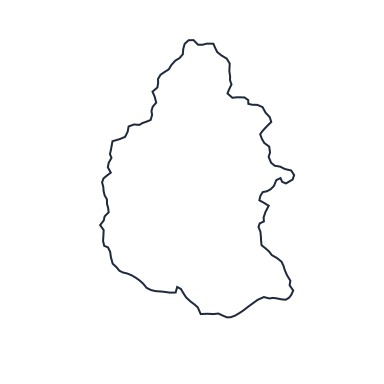 Araújos, Minas Gerais, Brazil (Albers equal-area conic projection), rotated 334°
{"feature_id": "56859067B13724994892972", "entity_name": "Araújos", "entity_type": "district", "adm_level": 2, "iso_a3": "BRA", "parent_name": "Brazil", "parent_adm1": "Minas Gerais", "projection": "albers", "projection_center": [-45.174, -19.885], "detail": "fine", "context": "isolated", "style": "outline", "palette": "slate", "viewbox_px": 384, "rotation_deg": 334, "n_neighbors": 0, "source": "geoboundaries", "source_scale": "gbopen_adm2", "svg_char_len": 2272}
<svg xmlns="http://www.w3.org/2000/svg" viewBox="0 0 384 384"><g transform="rotate(334 192 192)"><path d="M260.0,56.2L255.5,54.1L250.4,55.6L246.9,59.5L244.1,64.2L239.4,66.2L234.6,66.6L229.0,68.9L224.9,71.6L220.1,72.1L215.2,72.8L211.0,75.5L209.3,79.3L206.7,82.9L200.5,84.5L200.2,90.1L199.0,96.0L194.1,98.1L191.1,101.4L189.9,105.3L186.4,109.1L181.5,108.8L177.9,108.3L174.1,108.6L169.5,105.9L163.8,105.3L160.6,109.6L156.1,113.1L150.5,112.8L146.2,112.1L142.8,111.5L140.0,115.3L137.6,118.6L134.9,121.9L134.6,126.0L130.0,129.2L127.2,132.8L127.5,139.0L122.5,140.0L118.4,141.0L115.4,143.9L114.5,148.5L113.0,152.3L112.0,156.6L112.3,161.3L110.3,165.7L109.7,169.4L108.2,173.7L102.8,175.6L100.2,178.9L94.9,181.5L95.9,187.5L93.3,192.3L90.6,197.0L89.5,201.9L92.2,204.9L92.2,209.9L90.5,215.2L89.3,221.6L91.1,226.4L92.2,230.9L94.5,233.9L98.2,237.0L101.3,240.5L104.0,244.6L106.1,248.5L107.9,252.9L109.2,258.3L112.3,262.3L116.2,265.4L119.8,267.4L123.5,269.7L127.9,272.7L133.2,275.2L137.0,270.9L139.5,274.2L139.9,279.3L140.5,284.1L142.6,289.6L144.9,294.1L146.6,298.2L146.3,305.5L152.7,308.3L157.7,311.1L162.4,312.8L165.6,316.7L168.5,320.0L171.8,321.5L176.5,322.0L181.5,321.6L185.5,321.1L189.9,320.2L195.0,319.2L198.5,318.6L203.7,317.7L210.5,317.9L214.9,321.6L218.4,322.7L221.6,324.8L225.5,327.8L229.0,329.9L232.8,329.6L236.1,328.0L239.8,324.9L238.8,318.7L241.5,314.9L240.9,308.3L241.2,302.3L241.9,298.3L241.9,293.9L239.4,288.6L236.1,283.8L235.2,279.3L233.4,274.9L231.2,270.3L232.6,266.4L234.2,262.7L236.1,257.6L236.4,252.6L239.1,249.9L243.7,250.0L245.2,246.3L249.1,242.3L254.9,238.0L251.6,232.8L248.9,229.0L251.6,225.6L255.5,223.1L259.7,224.2L264.0,224.0L268.4,222.4L272.9,218.3L277.6,218.3L277.5,222.4L280.2,225.5L283.9,225.2L287.9,224.9L291.2,221.6L290.6,216.2L285.6,212.1L282.3,207.8L277.9,204.7L275.9,200.4L276.3,194.0L279.4,190.8L281.3,185.0L278.5,179.8L278.1,175.1L278.6,170.0L281.9,168.2L285.8,166.6L290.3,165.0L293.9,163.8L294.7,158.9L292.9,152.9L292.6,146.6L288.9,142.3L284.4,140.0L281.3,137.5L282.8,134.0L280.6,130.0L274.2,126.7L269.6,125.0L267.1,119.0L270.6,115.8L274.6,112.7L275.2,108.1L277.0,104.7L278.5,99.8L282.2,93.1L281.7,87.4L278.3,82.1L276.0,77.3L276.0,72.4L276.2,68.1L270.5,65.2L265.8,64.2L262.0,62.3L260.0,56.2Z" fill="none" stroke="#1e293b" stroke-width="2"/></g></svg>